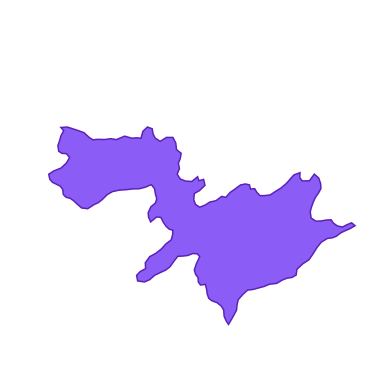 outline of São Sebastião do Rio Preto, Minas Gerais, Brazil, rotated 46°
{"feature_id": "56859067B92993268682714", "entity_name": "São Sebastião do Rio Preto", "entity_type": "district", "adm_level": 2, "iso_a3": "BRA", "parent_name": "Brazil", "parent_adm1": "Minas Gerais", "projection": "equal_earth", "projection_center": [-43.224, -19.295], "detail": "fine", "context": "isolated", "style": "filled", "palette": "violet", "viewbox_px": 384, "rotation_deg": 46, "n_neighbors": 0, "source": "geoboundaries", "source_scale": "gbopen_adm2", "svg_char_len": 2585}
<svg xmlns="http://www.w3.org/2000/svg" viewBox="0 0 384 384"><g transform="rotate(46 192 192)"><path d="M250.5,106.8L251.4,118.5L251.0,124.9L249.5,131.9L248.4,137.8L245.1,142.2L241.9,145.6L237.4,145.6L233.1,144.6L230.5,147.9L226.8,145.7L223.3,148.0L220.6,152.3L219.7,159.4L218.8,164.8L219.3,171.4L215.8,173.7L214.9,180.8L211.6,186.2L210.5,191.6L208.3,197.0L203.5,198.1L198.9,196.2L194.7,191.4L196.2,185.7L196.2,178.0L191.0,174.9L188.7,179.2L184.9,177.4L184.3,184.8L179.7,189.0L174.5,191.4L168.9,190.3L166.5,184.8L161.8,181.8L159.9,177.4L156.6,172.9L150.8,173.7L145.4,169.6L139.5,167.8L135.0,172.4L133.5,179.7L127.6,181.0L123.3,179.7L118.9,176.7L114.3,178.9L114.2,185.1L117.9,191.4L114.7,194.0L111.6,197.8L105.0,201.7L101.8,210.0L97.3,213.3L93.3,218.7L88.9,222.9L85.6,227.0L81.6,228.0L74.3,228.5L68.5,231.3L64.0,233.7L58.7,236.5L54.5,241.5L58.7,241.7L60.7,247.6L62.9,251.2L65.4,256.2L70.1,259.6L73.9,258.7L77.2,255.7L82.2,256.2L83.9,262.1L83.8,269.5L80.8,276.8L79.7,282.7L84.1,285.5L88.3,285.6L92.6,284.0L96.4,282.7L100.5,283.3L104.4,286.3L108.2,286.3L112.0,284.0L116.0,283.2L121.0,283.0L126.8,282.5L131.6,278.6L133.0,271.3L134.6,266.7L135.1,261.6L135.0,254.8L136.4,249.1L140.0,243.2L144.8,237.5L148.7,232.4L153.0,227.7L156.1,222.3L158.5,216.1L163.7,216.7L168.3,219.9L172.3,222.0L174.5,225.9L174.1,231.9L176.4,237.8L179.8,240.7L184.8,242.5L185.4,234.7L188.7,232.1L193.7,233.6L198.9,234.5L202.9,234.2L206.2,232.4L209.1,235.4L212.0,240.2L211.2,246.8L211.7,253.6L211.0,260.6L209.1,267.3L210.5,274.8L214.9,278.6L213.2,284.5L213.5,289.8L218.2,292.9L223.7,288.7L225.7,283.3L226.0,276.6L228.0,270.6L229.9,265.2L230.5,259.8L229.3,253.3L228.4,246.9L231.8,243.0L234.7,239.2L236.8,234.2L240.2,231.1L243.9,231.4L246.6,238.6L249.7,244.5L253.7,246.6L257.7,247.1L261.2,250.0L264.8,250.5L267.8,246.6L271.8,248.9L275.8,251.8L280.1,253.8L284.0,253.3L288.9,250.9L294.3,250.2L298.9,251.2L303.7,255.2L308.2,256.9L312.6,257.7L310.4,249.7L307.9,242.0L304.1,237.5L301.6,233.6L301.0,226.8L301.2,220.2L304.5,215.8L307.3,210.7L310.0,205.8L312.2,200.3L316.6,194.5L318.0,188.4L320.1,183.3L322.9,179.5L324.1,174.8L320.5,170.2L320.6,162.5L322.0,154.9L320.6,148.0L318.7,140.4L317.9,133.8L319.5,126.7L322.3,123.1L324.1,119.0L324.7,113.4L326.2,108.9L328.2,103.5L329.5,98.1L325.0,98.6L323.2,103.2L321.7,108.1L317.4,111.0L312.7,111.9L308.6,111.2L305.3,115.1L302.7,119.0L299.1,123.1L293.5,124.4L288.5,120.8L286.2,117.2L283.5,111.8L281.6,106.8L280.6,101.7L279.1,96.9L275.4,93.7L269.9,91.1L264.1,91.6L265.5,99.7L260.7,105.0L256.6,104.5L253.1,100.9L250.5,106.8Z" fill="#8b5cf6" stroke="#5b21b6" stroke-width="1.5"/></g></svg>